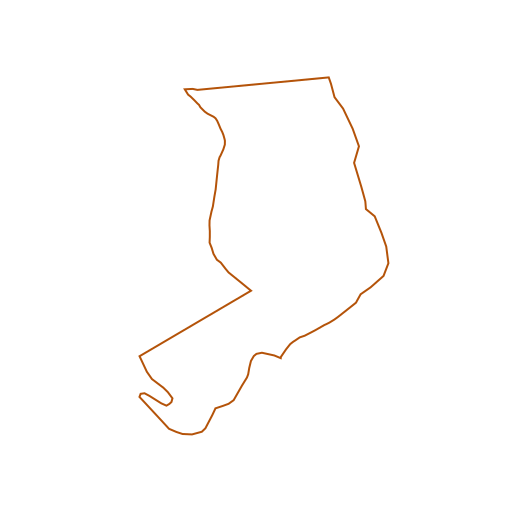 Christian Hill, Choiseul, Saint Lucia, rotated 291°
{"feature_id": "8701671B2341246797828", "entity_name": "Christian Hill", "entity_type": "district", "adm_level": 2, "iso_a3": "LCA", "parent_name": "Saint Lucia", "parent_adm1": "Choiseul", "projection": "robinson", "projection_center": [-61.047, 13.774], "detail": "fine", "context": "isolated", "style": "outline", "palette": "amber", "viewbox_px": 512, "rotation_deg": 291, "n_neighbors": 0, "source": "geoboundaries", "source_scale": "gbopen_adm2", "svg_char_len": 1596}
<svg xmlns="http://www.w3.org/2000/svg" viewBox="0 0 512 512"><g transform="rotate(291 256 256)"><path d="M448.8,259.9L390.1,141.8L389.3,137.0L387.0,131.8L386.1,129.8L382.3,134.8L381.4,137.8L379.2,142.9L377.4,146.7L376.7,148.6L374.9,150.8L372.4,156.4L371.5,159.8L370.8,166.5L370.1,168.8L368.3,171.3L365.5,174.1L362.2,177.2L359.7,180.0L357.3,182.2L353.8,184.8L352.4,185.7L348.8,187.0L343.7,187.3L336.9,186.9L335.2,186.6L331.5,186.9L327.5,188.1L318.0,190.6L303.6,194.5L296.4,195.9L286.7,198.0L281.6,198.5L272.6,199.9L267.9,201.6L262.6,204.0L257.1,206.1L251.8,207.9L247.7,211.7L242.8,215.5L238.5,220.8L237.2,225.5L233.1,232.2L230.8,236.3L227.2,247.4L221.8,263.8L120.7,183.2L108.8,195.6L103.8,203.0L99.8,216.8L97.3,222.5L93.2,229.0L89.4,229.4L86.8,228.1L84.2,226.0L84.5,220.4L87.2,206.7L87.9,201.1L86.0,197.7L82.7,197.7L78.5,206.3L66.5,230.7L63.5,236.7L63.2,244.8L63.5,251.2L66.5,260.2L72.5,268.4L77.0,270.5L91.7,272.2L98.4,272.7L99.2,272.7L104.1,278.7L108.2,283.4L113.4,286.8L130.3,289.4L139.3,291.1L142.7,291.1L149.1,289.8L156.2,288.9L161.8,289.8L164.8,291.5L167.8,296.2L169.7,308.7L169.5,315.7L170.7,315.4L179.6,317.5L186.0,319.5L188.7,321.1L189.5,321.6L190.8,322.6L195.7,326.0L199.0,330.0L204.6,335.0L207.9,337.9L216.0,344.5L217.5,346.0L220.0,348.3L224.7,351.9L228.2,354.2L240.8,361.7L248.3,366.1L250.1,366.3L257.8,367.4L267.8,374.2L283.1,382.2L296.7,382.2L311.5,374.2L322.7,364.7L335.6,352.6L339.2,341.8L344.5,339.3L346.3,338.4L352.7,333.7L358.1,329.7L378.1,314.2L395.3,312.8L409.4,300.7L424.8,284.5L432.4,272.4L443.6,264.3L448.8,259.9Z" fill="none" stroke="#b45309" stroke-width="2"/></g></svg>